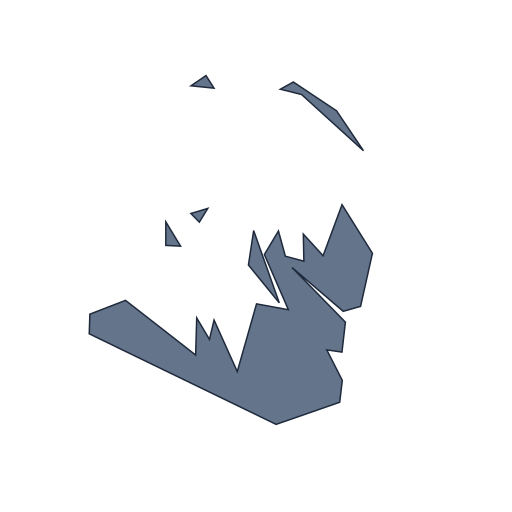 the border of Greece, rotated 218°
{"feature_id": "GRC", "entity_name": "Greece", "entity_type": "country or territory", "adm_level": 0, "iso_a3": "GRC", "parent_name": "Europe", "parent_adm1": "", "projection": "mercator", "projection_center": [23.941, 38.339], "detail": "coarse", "context": "isolated", "style": "filled", "palette": "slate", "viewbox_px": 512, "rotation_deg": 218, "n_neighbors": 0, "source": "natural_earth", "source_scale": "50m", "svg_char_len": 774}
<svg xmlns="http://www.w3.org/2000/svg" viewBox="0 0 512 512"><g transform="rotate(218 256 256)"><path d="M339.5,92.0L351.1,107.9L331.5,140.7L242.6,140.8L264.6,170.7L241.3,161.6L249.6,179.7L199.6,153.4L226.1,218.6L197.4,233.6L250.3,262.3L253.7,289.5L232.7,273.9L215.1,281.4L232.2,302.4L203.3,297.5L219.8,349.4L165.9,329.8L142.6,280.7L153.2,266.1L220.6,269.1L144.8,258.9L129.1,233.2L142.4,225.6L111.4,211.1L100.0,192.3L136.5,135.7L339.5,92.0ZM236.1,405.1L319.5,411.3L339.5,402.4L333.7,416.1L281.9,420.0L236.1,405.1ZM208.8,233.4L256.4,244.2L273.5,274.6L208.8,233.4ZM333.6,208.8L348.1,227.4L321.5,217.3L333.6,208.8ZM406.5,367.4L392.4,362.4L412.0,350.1L406.5,367.4ZM333.5,249.4L323.3,263.8L321.5,247.8L333.5,249.4Z" fill="#64748b" stroke="#1e293b" stroke-width="1.5"/></g></svg>